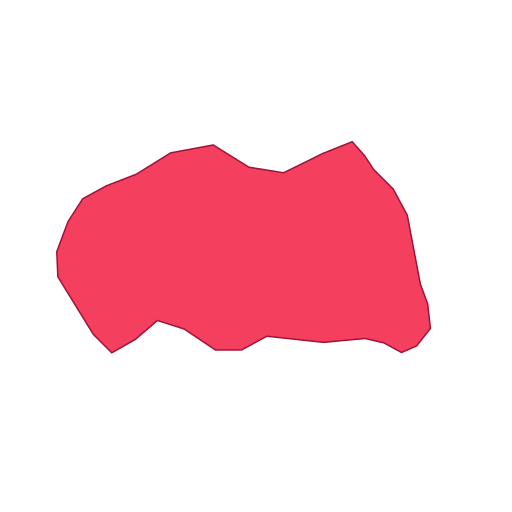 outline of Taipei City, rotated 110°
{"feature_id": "TWN-1166", "entity_name": "Taipei City", "entity_type": "Special Municipality", "adm_level": 1, "iso_a3": "TWN", "parent_name": "Taiwan", "parent_adm1": "", "projection": "albers", "projection_center": [121.562, 25.088], "detail": "fine", "context": "isolated", "style": "filled", "palette": "rose", "viewbox_px": 512, "rotation_deg": 110, "n_neighbors": 0, "source": "natural_earth", "source_scale": "10m", "svg_char_len": 573}
<svg xmlns="http://www.w3.org/2000/svg" viewBox="0 0 512 512"><g transform="rotate(110 256 256)"><path d="M264.4,67.3L285.5,74.3L296.9,86.2L293.9,106.1L296.2,125.2L304.7,143.3L314.0,162.8L327.7,218.4L349.2,237.4L358.2,261.9L349.2,298.4L350.3,326.6L375.7,340.9L396.3,358.4L385.3,382.0L343.3,435.1L320.1,444.7L288.0,444.4L261.4,438.4L241.1,420.5L220.0,396.4L188.2,371.4L166.3,334.2L175.0,293.1L168.4,258.6L136.6,228.1L115.7,204.7L124.6,188.3L134.5,175.0L146.2,149.9L165.9,127.8L226.1,92.0L242.3,78.3L264.4,67.3Z" fill="#f43f5e" stroke="#9f1239" stroke-width="1.5"/></g></svg>